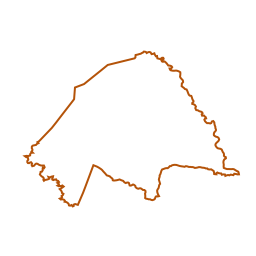 the district of São Félix do Coribe, Bahia, Brazil, rotated 84°
{"feature_id": "56859067B73980030167744", "entity_name": "São Félix do Coribe", "entity_type": "district", "adm_level": 2, "iso_a3": "BRA", "parent_name": "Brazil", "parent_adm1": "Bahia", "projection": "robinson", "projection_center": [-43.973, -13.552], "detail": "fine", "context": "isolated", "style": "outline", "palette": "amber", "viewbox_px": 256, "rotation_deg": 84, "n_neighbors": 0, "source": "geoboundaries", "source_scale": "gbopen_adm2", "svg_char_len": 5057}
<svg xmlns="http://www.w3.org/2000/svg" viewBox="0 0 256 256"><g transform="rotate(84 128 128)"><path d="M199.2,185.9L187.8,179.5L182.1,176.6L161.4,166.3L163.1,163.0L164.2,161.4L165.9,159.3L167.0,158.2L168.5,157.2L169.7,156.3L171.0,155.3L172.0,154.7L173.0,153.9L173.6,152.3L174.3,151.0L175.1,150.5L176.1,149.4L177.0,148.7L178.4,148.6L178.8,147.5L178.8,145.4L178.7,144.1L178.3,141.7L179.2,140.2L180.1,138.3L181.7,137.2L182.5,136.0L182.2,134.9L182.2,133.7L182.7,132.9L184.0,132.6L185.3,132.4L185.6,131.2L185.2,130.0L184.7,128.9L185.2,127.9L186.3,126.8L187.5,126.7L188.7,125.7L189.5,124.2L189.2,122.8L189.3,121.7L190.1,120.7L191.1,119.7L191.4,118.1L192.5,117.2L193.9,117.3L194.9,117.9L196.1,117.9L197.6,117.9L199.4,118.3L200.1,117.6L200.6,115.9L201.1,114.8L201.2,113.5L202.0,112.3L202.3,111.3L202.0,109.8L201.2,108.6L199.7,108.0L198.9,107.1L199.2,105.6L199.0,104.3L197.6,104.9L196.3,105.3L194.7,105.6L193.1,105.5L192.1,104.9L191.1,104.0L189.9,103.5L188.8,103.2L187.8,102.8L186.9,101.9L185.7,102.1L184.2,102.4L182.6,102.7L181.3,102.3L179.7,101.6L178.4,101.5L177.6,100.8L176.1,100.1L174.1,99.3L172.8,98.4L172.5,97.0L172.1,95.6L171.9,94.2L172.1,92.7L171.4,91.6L170.3,90.4L170.4,89.3L169.7,88.1L169.5,86.6L169.5,85.4L169.8,83.7L170.5,82.1L171.1,80.8L171.7,78.8L172.1,77.1L172.5,75.8L172.0,74.4L172.4,73.0L173.1,71.5L173.2,70.1L173.5,69.0L173.6,67.8L174.0,66.8L174.7,65.7L174.7,64.6L174.6,63.2L174.3,61.5L174.6,59.9L175.2,58.4L175.4,57.2L175.7,56.0L176.4,54.7L176.5,53.4L177.4,52.7L177.8,51.1L177.8,49.6L178.7,48.5L179.7,47.3L181.1,47.1L182.8,47.1L183.1,46.0L183.3,44.9L182.2,44.9L181.6,43.8L182.3,42.7L182.8,41.1L183.0,40.0L184.3,39.6L184.1,37.9L184.4,36.4L185.8,36.2L185.4,34.8L185.2,33.4L185.7,32.1L185.1,30.8L185.4,29.7L185.9,28.1L184.6,27.1L185.1,25.3L185.6,23.9L185.7,22.5L184.3,22.6L183.0,22.9L181.9,24.6L181.0,25.8L180.3,26.6L179.8,27.8L179.7,29.8L179.4,31.9L179.2,33.8L178.6,35.2L177.7,36.9L176.0,36.9L174.6,36.6L172.8,36.7L171.9,36.7L170.7,36.4L169.3,35.5L168.4,33.8L167.2,33.8L166.7,34.8L165.7,35.5L164.3,35.3L163.2,35.4L161.9,36.2L160.4,36.7L159.3,37.0L158.4,38.1L158.0,39.5L157.6,40.7L156.9,41.5L155.9,42.2L154.6,42.8L153.7,42.8L152.7,42.3L151.8,41.3L151.0,40.2L150.1,39.2L148.8,38.5L147.3,39.0L146.4,39.9L145.8,41.5L145.0,42.6L144.2,43.3L143.0,43.3L141.4,42.7L140.5,41.6L139.6,40.8L138.6,40.7L137.2,41.1L135.9,41.0L134.5,41.4L133.1,41.6L131.4,41.6L130.0,42.5L130.3,43.9L131.8,44.7L132.1,45.8L131.6,47.0L131.4,48.9L130.5,49.8L129.3,50.7L127.7,51.2L126.8,50.5L126.6,49.3L125.3,49.6L124.5,50.5L123.5,51.2L123.5,53.0L122.1,53.3L121.2,52.3L120.3,52.5L119.4,53.6L118.8,55.3L117.7,56.7L117.3,58.3L116.2,58.7L115.2,59.0L113.8,58.2L112.2,59.0L111.3,60.2L110.7,61.6L109.7,61.4L108.7,60.1L107.7,60.1L106.6,60.8L105.3,61.1L104.1,61.3L102.7,61.7L102.2,63.3L101.3,64.0L100.4,64.3L99.1,64.7L98.1,64.9L96.9,65.3L95.8,65.7L95.2,67.3L94.0,68.2L93.1,69.2L92.0,70.3L90.6,70.0L89.4,69.8L88.1,68.4L86.7,68.4L85.8,68.8L84.9,69.6L83.7,70.4L82.5,70.9L80.9,70.5L79.2,70.2L78.0,70.2L77.0,71.5L76.3,72.9L75.9,74.2L75.9,75.9L75.8,77.1L75.5,78.2L75.1,79.4L74.4,80.1L73.2,80.4L73.3,78.8L72.1,77.7L71.1,78.3L70.3,79.9L70.1,81.4L68.9,82.1L67.6,82.9L66.5,83.8L65.6,84.7L65.8,86.4L65.3,87.3L64.4,87.6L63.7,86.0L62.9,85.3L61.9,85.6L61.7,86.7L62.3,87.8L62.8,88.8L62.3,90.2L61.8,91.5L60.5,91.6L59.5,91.6L59.6,92.8L58.5,93.3L57.6,93.8L56.5,94.0L56.9,95.6L57.0,96.8L55.1,97.7L54.6,99.0L54.8,100.2L55.4,101.6L54.4,102.1L53.9,103.1L53.7,104.4L54.6,105.3L54.9,106.5L55.5,107.6L55.6,108.7L55.9,110.2L56.1,111.6L56.2,112.8L57.4,113.1L58.5,113.2L59.4,114.1L63.2,141.6L68.1,149.1L76.0,161.4L79.7,167.1L82.2,176.5L93.7,178.6L94.8,179.6L106.8,191.1L113.0,197.0L114.7,198.6L120.0,203.8L131.0,216.8L132.1,218.2L132.6,219.5L133.7,218.7L134.3,220.3L135.2,221.2L135.4,223.0L135.5,224.3L136.3,225.5L138.0,225.8L139.3,225.3L140.4,225.5L141.3,226.4L142.6,225.3L142.5,226.9L143.7,228.0L145.0,228.2L145.5,230.2L145.1,231.6L145.2,233.5L146.4,232.2L146.7,230.8L147.7,230.6L149.1,230.5L150.3,231.6L151.5,231.7L152.4,231.2L152.6,230.0L152.1,229.1L151.9,228.0L153.3,227.1L154.7,227.7L156.0,227.2L155.7,225.4L154.5,224.2L153.8,223.0L154.2,221.6L155.0,220.8L155.6,219.8L156.2,218.4L156.4,217.2L156.5,215.6L158.3,215.0L159.3,215.8L158.7,216.9L159.7,217.2L161.1,217.2L162.4,218.2L162.5,219.5L163.6,219.8L165.0,220.5L166.3,219.6L167.3,218.7L168.0,217.7L169.2,217.0L170.7,217.6L171.7,217.1L171.0,216.0L170.9,214.5L170.7,213.1L170.2,211.6L168.4,212.2L169.0,210.9L168.4,209.4L168.2,207.6L169.8,208.1L170.7,208.8L171.6,208.5L172.0,207.5L171.6,206.3L171.6,204.8L172.8,204.5L173.3,203.0L174.5,202.3L175.2,203.9L176.1,202.8L177.1,202.6L177.9,204.1L178.7,202.8L178.5,201.8L178.8,200.8L178.3,199.3L179.5,198.1L180.4,199.6L181.1,201.1L181.6,202.3L182.5,201.6L183.5,200.9L184.7,200.5L185.8,200.4L186.7,199.1L187.8,199.7L188.7,201.2L189.9,200.8L190.7,201.6L191.1,203.2L192.1,202.3L192.0,200.7L192.7,199.1L193.7,198.4L194.7,198.8L195.1,197.3L196.0,196.0L197.2,195.0L198.8,194.8L199.2,193.7L198.7,192.3L200.2,191.2L199.9,190.2L198.5,190.0L198.1,188.5L198.6,187.3L199.2,185.9Z" fill="none" stroke="#b45309" stroke-width="2"/></g></svg>